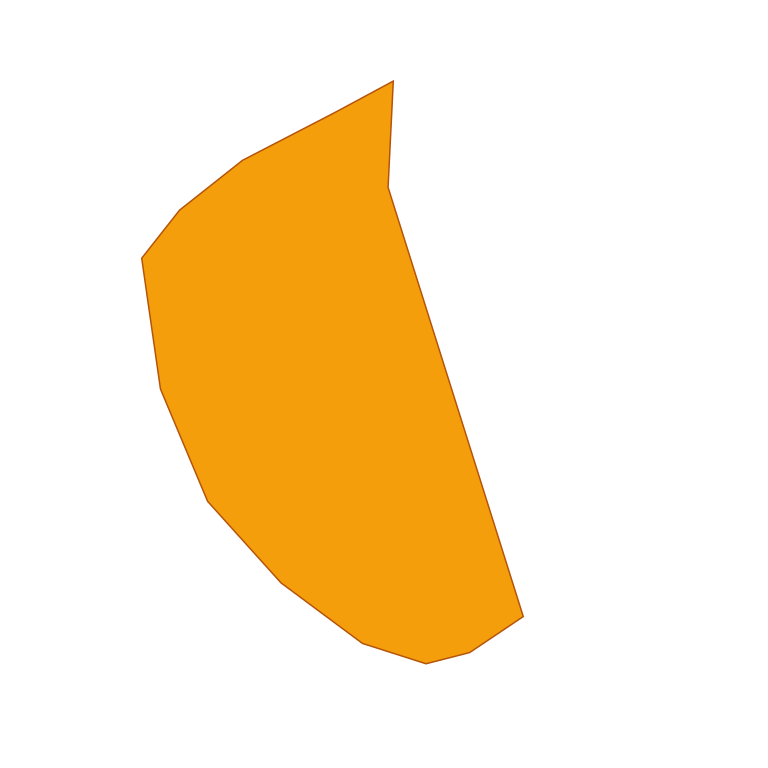 the border of Southampton, rotated 228°
{"feature_id": "GBR-2036", "entity_name": "Southampton", "entity_type": "Unitary Authority", "adm_level": 1, "iso_a3": "GBR", "parent_name": "United Kingdom", "parent_adm1": "", "projection": "natural_earth1", "projection_center": [-1.363, 50.901], "detail": "fine", "context": "isolated", "style": "filled", "palette": "amber", "viewbox_px": 768, "rotation_deg": 228, "n_neighbors": 0, "source": "natural_earth", "source_scale": "10m", "svg_char_len": 339}
<svg xmlns="http://www.w3.org/2000/svg" viewBox="0 0 768 768"><g transform="rotate(228 384 384)"><path d="M602.9,593.6L527.4,518.6L118.0,331.9L127.1,268.0L148.0,228.0L205.6,194.4L305.0,174.4L414.8,174.4L529.8,214.5L639.6,288.1L650.0,348.4L644.9,428.6L618.7,528.9L602.9,593.6Z" fill="#f59e0b" stroke="#b45309" stroke-width="1.5"/></g></svg>